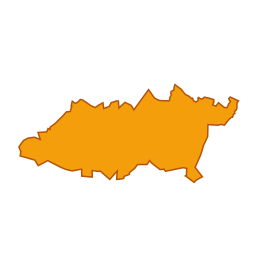 outline of Soyopa, Sonora, Mexico, rotated 297°
{"feature_id": "50627088B25999979244986", "entity_name": "Soyopa", "entity_type": "district", "adm_level": 2, "iso_a3": "MEX", "parent_name": "Mexico", "parent_adm1": "Sonora", "projection": "robinson", "projection_center": [-109.561, 28.809], "detail": "fine", "context": "isolated", "style": "filled", "palette": "amber", "viewbox_px": 256, "rotation_deg": 297, "n_neighbors": 0, "source": "geoboundaries", "source_scale": "gbopen_adm2", "svg_char_len": 2120}
<svg xmlns="http://www.w3.org/2000/svg" viewBox="0 0 256 256"><g transform="rotate(297 128 128)"><path d="M185.0,216.2L187.9,215.8L189.5,216.6L191.0,215.4L192.5,216.0L193.4,216.3L194.9,216.1L199.9,213.7L202.3,214.2L202.2,211.2L202.1,207.9L202.0,205.0L199.9,204.4L198.7,205.8L198.3,207.2L195.5,206.8L192.5,206.9L192.1,206.9L191.0,206.9L190.0,204.4L191.2,199.1L191.6,197.1L187.5,196.5L187.0,192.9L190.2,192.8L190.1,192.2L192.3,191.6L191.3,186.5L191.3,186.2L190.1,181.9L189.5,181.8L188.3,181.5L187.0,180.1L186.9,178.1L187.3,177.2L186.5,176.7L184.5,178.0L181.9,176.8L182.1,173.9L183.9,172.0L183.1,171.2L184.0,168.0L183.9,164.0L186.7,157.6L187.9,150.1L184.9,150.7L182.7,151.6L180.0,149.8L178.2,150.5L177.1,151.6L173.9,151.5L171.6,152.4L171.2,152.5L170.9,152.4L167.6,145.4L166.8,143.6L166.6,138.2L171.5,128.9L146.9,125.0L149.6,120.6L149.5,113.7L141.8,110.8L147.7,107.2L146.6,105.0L145.4,104.2L143.9,102.5L143.1,101.6L138.6,101.4L134.3,97.5L139.1,94.2L134.8,91.3L131.3,89.5L131.2,87.9L131.1,84.4L132.4,75.1L131.8,72.6L128.5,71.6L127.3,70.9L126.0,69.6L126.6,66.2L122.0,67.3L121.4,67.7L121.6,68.1L118.9,68.6L116.5,69.1L114.4,65.8L109.0,64.4L108.5,64.3L108.4,64.2L99.5,61.2L98.4,60.8L95.7,59.4L93.3,58.2L91.3,59.2L91.2,57.0L87.7,57.4L83.2,49.9L77.9,55.0L77.3,48.8L73.6,43.5L69.3,40.5L61.6,39.4L58.2,43.3L54.2,44.6L57.1,59.6L53.7,65.1L62.5,71.3L62.5,73.9L62.5,84.9L62.5,85.4L62.5,86.3L62.9,91.5L64.5,97.9L68.2,102.6L69.2,103.9L69.3,104.1L70.2,105.5L64.1,108.6L68.0,118.4L73.8,115.4L74.9,118.3L75.6,120.8L77.0,123.0L73.9,135.1L82.8,137.4L84.8,138.0L77.0,141.2L79.8,145.4L81.0,147.1L83.0,146.4L87.3,150.3L88.9,149.5L93.1,151.4L95.1,152.3L99.7,153.1L101.4,156.3L102.0,157.4L104.1,161.5L108.8,162.1L107.5,164.9L105.5,175.4L107.7,178.8L107.0,180.0L106.5,181.1L117.4,194.7L118.5,197.8L118.7,198.7L112.1,201.6L111.9,201.6L111.1,200.2L111.4,201.2L111.3,201.6L109.6,211.6L112.5,212.4L118.3,216.4L123.4,205.7L134.4,205.1L135.0,205.1L138.0,204.8L147.4,203.1L149.7,203.1L149.8,203.1L156.5,202.9L167.3,197.7L171.2,206.6L173.6,209.7L174.3,212.6L181.3,214.0L184.3,215.2L185.0,216.2Z" fill="#f59e0b" stroke="#b45309" stroke-width="1.5"/></g></svg>